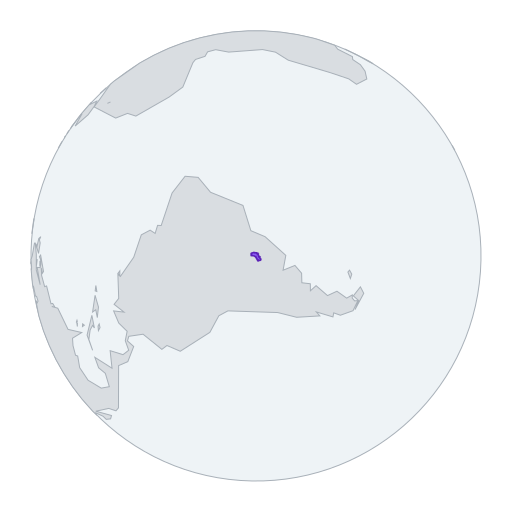 Misiones highlighted on a globe, orthographic projection, rotated 274°
{"feature_id": "ARG-1312", "entity_name": "Misiones", "entity_type": "Province", "adm_level": 1, "iso_a3": "ARG", "parent_name": "Argentina", "parent_adm1": "", "projection": "orthographic", "projection_center": [-54.653, -26.821], "detail": "fine", "context": "on_globe", "style": "filled", "palette": "violet", "viewbox_px": 512, "rotation_deg": 274, "n_neighbors": 0, "source": "natural_earth", "source_scale": "10m", "svg_char_len": 5568}
<svg xmlns="http://www.w3.org/2000/svg" viewBox="0 0 512 512"><g transform="rotate(274 256 256)"><circle cx="256" cy="256" r="225" fill="#eef3f6" stroke="#a8b0b8"/><path d="M181.2,43.5L196.3,39.5L193.9,40.9L195.8,41.7L200.4,39.9L200.6,38.8L209.7,36.3L208.8,35.9L212.4,35.0L213.4,34.8L223.7,33.1L227.9,32.5L226.6,33.0L229.3,32.9L236.8,31.8L240.5,32.8L253.4,34.1L253.5,34.9L242.5,36.7L226.7,37.8L212.3,42.7L229.4,38.5L229.4,41.5L232.7,41.9L237.2,41.4L240.3,40.0L241.9,41.1L225.7,45.1L223.9,44.1L229.1,42.6L221.6,43.5L210.7,47.3L211.5,49.2L194.1,54.8L194.5,56.5L190.9,59.0L191.4,55.8L190.1,61.9L169.7,73.6L167.5,87.5L161.2,78.7L153.8,79.7L144.4,82.9L143.8,85.1L132.3,87.9L120.3,97.2L113.4,110.8L115.4,118.8L128.4,113.9L133.5,106.8L143.7,102.3L134.0,120.2L151.4,117.1L148.3,130.2L153.1,135.6L162.4,131.5L171.9,132.7L179.5,123.8L191.3,117.8L190.8,128.3L197.9,117.8L204.1,122.0L228.1,119.5L226.1,122.1L246.2,134.1L269.1,140.1L274.4,148.6L271.5,153.8L279.7,155.7L279.8,159.3L313.0,167.9L330.6,179.7L330.4,192.8L316.4,206.2L305.5,239.5L280.9,249.1L275.9,263.7L258.7,285.7L243.7,284.0L249.3,295.5L242.0,302.7L232.5,303.6L232.1,312.1L225.1,312.7L230.6,318.0L221.5,330.1L226.5,339.2L220.3,349.4L223.9,354.8L220.8,354.9L218.1,357.5L218.6,360.7L208.2,356.6L202.8,344.3L204.7,337.5L200.6,337.0L204.4,320.1L200.7,323.9L197.7,300.8L201.1,281.6L199.3,231.8L193.8,223.1L176.6,215.3L155.7,187.1L160.5,173.4L156.3,168.6L170.1,148.8L167.0,134.7L162.3,133.7L157.2,140.3L141.7,135.5L137.1,126.6L94.9,129.4L91.8,127.1L93.7,119.7L90.0,107.0L86.8,123.0L83.4,122.3L82.6,118.0L85.5,114.6L88.3,107.2L86.7,107.7L89.9,103.8L101.0,92.5L112.8,82.1L125.4,72.5L138.5,63.8L152.3,56.0L166.5,49.2L181.2,43.5ZM165.3,93.0L185.4,96.4L172.9,99.8L175.4,97.8L170.6,95.7L161.1,95.1L150.5,99.6L165.3,93.0ZM176.7,82.5L173.2,82.7L176.8,81.9L176.7,82.5ZM226.3,366.1L209.4,358.5L218.6,361.6L223.0,355.9L232.5,362.3L226.3,366.1ZM240.1,351.7L246.4,348.8L248.4,350.3L244.6,352.8L240.1,351.7ZM398.1,81.2L395.2,79.1L399.4,86.3L394.2,84.3L385.1,78.6L373.0,66.5L385.8,72.6L381.7,69.3L370.0,61.9L374.9,64.7L371.8,62.7L372.4,63.1L385.5,71.7L398.1,81.2ZM477.4,297.8L476.4,302.5L471.7,319.8L468.0,323.1L461.6,338.3L458.7,338.8L454.1,346.8L448.0,351.9L440.3,354.2L434.3,344.3L439.2,336.1L444.3,316.4L453.6,274.5L460.7,261.2L462.4,248.1L457.5,214.5L459.0,201.4L456.3,193.5L451.6,191.2L447.9,182.0L444.5,179.6L419.4,171.2L408.4,158.1L387.2,126.4L389.3,117.9L383.8,106.4L393.4,84.1L402.1,89.6L417.2,98.8L420.3,101.9L425.7,108.5L440.4,126.5L449.3,140.3L457.2,154.6L464.0,169.4L469.7,184.8L474.3,200.5L477.8,216.4L480.1,232.6L481.2,249.0L481.1,265.3L479.8,281.6L477.4,297.8ZM397.9,97.1L399.5,100.1L397.9,97.1ZM228.9,119.4L231.7,121.2L227.8,121.5L228.9,119.4ZM170.6,104.0L175.1,103.3L177.3,104.3L173.7,105.4L170.6,104.0ZM210.0,98.0L215.4,98.3L209.5,99.7L210.0,98.0ZM188.7,96.9L205.6,98.2L194.1,102.4L183.5,102.0L191.2,99.9L188.7,96.9ZM173.5,87.8L176.2,87.8L175.0,89.6L173.5,87.8ZM179.4,81.9L178.3,82.3L177.2,81.3L179.4,81.9ZM230.4,41.3L231.7,41.0L236.1,40.8L233.6,41.5L230.4,41.3ZM258.3,38.1L260.3,40.0L257.1,38.8L254.0,39.8L243.4,38.9L253.0,35.3L250.6,36.9L258.3,38.1ZM232.0,37.6L237.6,38.0L231.1,37.7L232.0,37.6ZM356.8,54.5L353.9,53.3L349.8,51.2L350.0,51.3L356.8,54.5ZM368.3,60.7L364.7,58.8L365.4,59.1L368.3,60.7ZM362.7,57.6L361.3,56.8L361.2,56.8L362.7,57.6ZM233.6,31.8L234.8,31.7L232.3,32.0L233.6,31.8ZM277.2,31.7L278.0,32.0L268.2,31.2L262.5,30.8L277.2,31.7ZM408.6,90.3L413.4,94.9L411.7,93.3L407.4,89.2L408.1,89.8L408.6,90.3ZM380.0,444.0L375.4,447.0L377.5,445.6L380.0,444.0ZM458.4,354.9L456.0,359.5L457.8,354.9L462.8,344.5L468.7,330.1L458.4,354.9Z" fill="#d9dde1" stroke="#a8b0b8" stroke-width="1"/><path d="M256.2,251.4L256.2,251.2L256.3,251.1L256.5,251.2L256.6,251.3L256.7,251.5L256.8,251.5L256.8,251.4L256.9,251.2L257.0,251.1L257.3,251.0L257.5,251.1L257.6,250.9L257.8,250.9L257.9,251.0L258.0,251.2L258.3,251.1L258.4,251.3L258.5,251.4L258.7,251.6L258.7,251.8L258.8,251.8L258.9,252.0L258.9,252.3L258.9,252.5L259.0,252.8L259.2,253.0L259.2,253.3L259.4,253.5L259.5,253.6L259.5,253.8L259.3,254.1L259.3,254.3L259.3,254.6L259.3,254.8L259.2,254.8L259.3,255.0L259.3,254.9L259.2,255.0L259.2,255.4L259.2,255.5L259.2,255.8L259.3,256.0L259.3,256.3L259.3,256.5L259.1,256.8L259.0,257.0L258.9,257.1L258.9,257.3L258.7,257.2L258.6,257.3L258.4,257.3L258.4,257.5L258.3,257.4L258.2,257.5L258.0,257.8L257.8,257.8L257.7,257.8L257.7,257.7L257.5,258.0L257.4,258.2L257.4,258.3L257.2,258.4L257.0,258.5L257.0,258.4L256.9,258.3L256.7,258.3L256.7,258.5L256.4,258.6L256.2,258.5L256.0,258.8L256.0,258.7L255.9,258.7L255.9,258.8L255.7,258.9L255.4,258.8L255.4,259.0L255.2,259.1L255.2,259.3L255.1,259.5L254.8,259.8L254.7,259.8L254.6,259.7L254.5,259.8L254.7,260.0L254.4,260.0L254.2,260.1L253.9,260.3L253.7,260.3L253.6,260.5L253.4,260.7L253.3,260.9L253.3,261.0L253.2,261.0L253.1,260.9L253.0,261.0L252.9,261.1L252.7,261.1L252.3,261.0L252.2,260.9L252.1,260.7L251.9,260.4L251.9,260.1L251.8,259.8L251.8,259.7L251.2,258.5L251.2,258.4L251.3,258.1L251.5,258.0L251.8,258.3L252.2,258.5L252.3,258.4L252.4,258.2L252.5,258.1L252.8,257.9L252.7,257.8L252.8,257.7L252.7,257.4L252.8,257.4L252.9,257.2L253.0,257.1L253.2,256.9L253.3,256.7L253.5,256.6L253.8,256.5L254.0,256.5L254.3,256.5L254.4,256.4L254.3,256.2L254.6,255.9L254.8,255.9L255.0,255.8L255.0,255.7L255.1,255.4L255.4,255.3L255.5,255.4L255.5,255.2L255.5,254.9L255.6,254.7L255.8,254.5L255.9,254.4L255.9,254.2L256.0,254.0L256.0,253.8L256.0,253.7L256.0,253.4L256.0,253.1L256.0,252.9L256.0,252.7L256.1,252.3L256.2,252.2L256.1,251.9L256.0,251.5L256.0,251.4L256.2,251.4Z" fill="#8b5cf6" stroke="#5b21b6" stroke-width="1.5"/></g></svg>